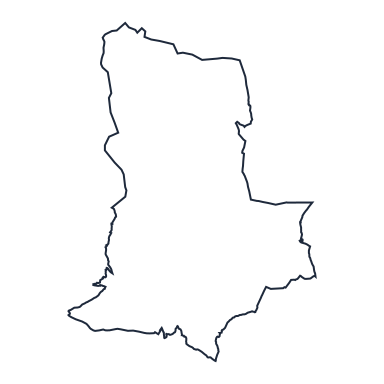 Intorsura Buzaului, Covasna, Romania
{"feature_id": "2599482B89691616287649", "entity_name": "Intorsura Buzaului", "entity_type": "district", "adm_level": 2, "iso_a3": "ROU", "parent_name": "Romania", "parent_adm1": "Covasna", "projection": "albers", "projection_center": [26.001, 45.693], "detail": "fine", "context": "isolated", "style": "outline", "palette": "slate", "viewbox_px": 384, "rotation_deg": 0, "n_neighbors": 0, "source": "geoboundaries", "source_scale": "gbopen_adm2", "svg_char_len": 6011}
<svg xmlns="http://www.w3.org/2000/svg" viewBox="0 0 384 384"><path d="M215.6,361.0L215.8,360.4L215.9,358.9L217.2,354.8L218.6,351.6L218.6,351.3L218.3,350.5L218.3,349.7L218.2,348.8L217.8,348.0L217.8,347.6L217.2,345.5L216.4,344.3L216.1,343.4L216.1,341.9L215.7,341.3L215.7,340.7L216.3,338.0L217.1,336.8L217.5,336.6L218.7,337.0L219.1,336.8L219.6,336.1L219.7,334.8L220.1,333.7L219.6,333.0L220.2,333.0L221.6,332.6L221.6,332.1L221.9,331.5L221.7,330.7L222.1,330.0L222.2,329.9L223.3,329.6L225.1,327.8L227.5,322.5L228.7,321.5L229.9,320.1L231.5,319.2L232.2,318.3L233.0,317.6L234.2,317.4L235.0,316.5L236.3,316.0L237.9,316.0L239.8,315.0L241.2,314.9L242.7,314.4L244.7,314.3L245.9,313.9L247.7,312.7L250.8,311.8L252.1,311.3L253.0,311.7L253.9,311.8L254.7,312.0L254.8,312.2L255.3,312.1L255.4,311.5L256.3,310.1L257.4,307.7L257.2,305.8L261.1,297.4L261.5,296.2L261.9,295.6L264.1,290.8L266.1,286.9L270.8,288.9L283.2,288.2L284.4,287.2L285.6,287.6L289.3,282.7L291.1,279.9L294.1,279.7L295.2,280.0L295.4,279.7L297.3,279.0L297.8,278.6L300.1,275.7L300.8,276.0L301.6,276.8L304.1,278.5L305.0,278.9L305.9,278.9L310.1,278.6L310.6,278.4L313.4,276.3L314.5,275.9L314.8,276.0L315.5,276.6L315.1,273.4L314.4,271.7L314.1,270.2L313.6,266.5L312.4,264.5L311.9,263.3L311.2,261.2L310.7,260.1L310.1,257.8L309.4,256.8L309.3,254.1L308.9,253.1L308.9,250.5L310.1,246.4L309.3,246.0L307.3,244.6L305.5,243.7L301.3,242.5L300.6,242.0L300.1,241.5L299.7,240.7L300.4,240.3L301.3,240.8L302.2,241.6L302.5,241.2L302.6,240.4L302.3,240.0L302.5,239.5L302.2,239.3L301.5,239.8L301.1,239.3L301.0,238.3L301.4,237.2L301.7,235.8L302.0,234.7L301.7,233.0L301.2,232.5L301.1,231.6L301.2,230.8L301.1,230.0L301.1,227.5L300.4,224.7L300.2,223.5L300.1,222.3L300.7,222.3L300.6,221.2L302.3,217.2L302.5,215.7L304.2,213.0L306.1,210.5L306.9,209.7L308.8,206.9L312.3,202.5L287.5,202.6L286.6,202.4L275.7,204.7L268.2,203.0L262.9,202.0L258.6,201.0L256.8,200.9L250.9,199.6L249.2,191.2L248.0,186.8L247.5,183.6L247.0,181.8L244.7,175.8L243.9,174.5L243.9,174.2L242.4,171.9L242.6,169.0L243.0,166.0L243.3,161.0L244.0,153.7L242.2,152.8L242.2,152.3L242.5,150.8L244.1,147.4L245.4,141.0L243.5,139.6L238.8,134.1L238.7,133.4L238.9,132.7L238.8,132.0L239.0,131.5L238.9,130.3L238.4,128.7L236.7,124.7L235.8,123.2L237.2,121.8L239.0,123.1L239.3,123.8L239.9,124.3L243.7,125.7L244.5,126.9L245.5,125.9L247.2,125.0L250.7,123.6L250.9,121.7L252.2,119.5L251.6,117.6L251.2,115.1L251.2,114.1L250.9,112.9L250.0,110.6L250.4,107.7L250.4,106.4L250.2,105.6L249.2,105.4L248.9,105.0L249.0,104.5L248.9,104.3L248.5,104.2L248.4,104.0L248.6,103.7L248.6,102.3L248.7,101.7L248.4,100.9L248.4,100.4L248.7,97.3L247.5,90.1L246.3,84.8L245.8,79.8L245.3,76.6L239.7,60.3L231.7,58.5L222.5,57.9L217.3,58.6L202.1,59.9L192.3,54.6L182.9,52.7L177.6,53.5L173.4,44.3L159.8,41.0L151.2,39.5L144.5,36.9L145.3,31.4L141.8,28.2L137.3,32.7L135.4,29.9L128.9,27.4L125.2,23.0L116.7,30.5L112.0,31.0L105.4,34.3L104.6,35.0L102.7,37.7L103.2,38.9L103.3,39.5L103.7,40.0L104.4,41.6L104.4,42.5L104.2,44.4L103.5,47.8L103.7,51.1L103.6,53.1L102.6,55.6L101.7,58.7L101.0,62.8L101.1,64.3L102.6,67.5L107.8,72.2L111.3,93.2L108.9,97.9L110.6,112.4L114.7,122.9L118.2,132.7L109.1,136.7L104.9,145.3L104.9,150.4L114.7,162.6L121.5,169.7L123.7,174.4L125.2,187.1L126.4,190.4L125.3,196.7L111.8,207.7L113.8,208.8L114.5,210.4L114.8,211.8L114.8,212.5L115.5,213.7L115.8,214.5L116.1,216.5L115.9,216.9L115.1,217.5L114.7,218.7L112.5,222.3L112.4,222.6L112.4,223.7L111.7,223.4L111.4,223.5L111.4,224.3L111.8,226.4L111.6,228.5L111.7,229.0L111.6,230.1L111.1,231.0L110.1,232.3L111.2,233.0L110.9,233.4L110.5,234.5L109.5,235.9L109.1,236.9L108.8,238.2L109.0,239.9L108.5,242.1L108.4,243.6L107.8,244.3L106.3,245.2L106.9,245.8L106.5,246.2L106.2,246.7L105.5,247.2L106.0,248.2L106.1,248.9L106.1,250.1L105.6,253.4L105.7,254.5L107.9,258.4L108.0,259.0L108.1,260.4L108.7,261.4L108.2,263.7L108.2,264.7L110.2,267.3L111.3,269.4L111.9,271.8L112.4,273.3L110.7,272.2L109.2,270.5L107.9,268.6L107.2,268.0L106.7,267.9L106.6,268.4L106.7,268.9L106.5,269.4L106.0,269.5L105.8,269.7L106.3,270.0L105.6,271.1L105.8,272.1L105.6,273.7L106.0,274.8L106.1,275.7L106.1,276.4L105.9,276.9L105.4,277.3L103.5,276.8L103.0,277.3L102.6,277.9L103.0,278.5L100.2,280.2L100.0,282.5L98.6,283.0L97.0,282.8L96.9,283.2L96.3,283.6L94.3,283.9L93.9,284.3L93.4,284.2L93.3,285.0L94.3,285.3L98.1,285.9L99.2,285.8L100.1,285.0L100.4,285.1L100.7,285.6L101.2,285.3L101.9,285.4L102.8,285.9L103.7,286.1L103.9,286.1L104.4,286.4L105.5,286.8L104.9,288.2L104.8,288.8L103.7,289.2L102.2,291.1L101.4,291.5L100.5,292.3L99.6,293.4L98.7,295.0L97.9,295.8L95.7,297.4L94.3,297.9L91.6,299.7L88.5,301.3L87.5,302.0L86.4,302.3L84.7,303.4L82.2,304.5L80.5,306.3L79.6,307.0L77.6,307.5L74.3,307.7L70.6,310.0L69.2,310.4L68.6,310.9L68.5,311.1L68.5,311.3L69.6,312.6L69.9,313.7L69.6,314.2L68.5,315.1L69.1,315.8L71.4,317.2L75.8,319.3L82.1,321.5L86.2,323.7L87.0,324.4L88.8,326.5L89.7,327.8L90.7,328.8L93.4,330.4L95.1,330.9L99.2,330.4L103.2,329.5L105.3,330.3L107.0,330.4L109.6,330.3L115.6,329.1L117.5,328.8L120.6,329.3L127.9,330.8L133.2,330.6L139.2,331.7L144.2,332.9L146.7,333.3L149.5,333.4L153.9,333.2L154.5,332.8L155.0,332.2L158.3,334.2L160.6,330.4L160.1,330.1L161.7,327.9L162.0,328.5L163.4,332.1L163.8,332.4L163.9,334.5L164.2,336.8L164.2,337.8L164.5,338.1L165.3,337.8L166.2,337.2L166.6,336.7L166.5,336.0L166.7,335.1L166.3,334.5L166.4,333.9L166.7,333.9L167.6,334.3L168.7,334.1L169.0,334.2L169.7,334.8L170.4,334.8L172.1,334.2L173.1,333.6L173.9,332.7L174.7,332.4L175.1,332.0L175.5,330.8L175.6,328.9L175.8,328.6L176.5,327.9L177.0,327.1L177.1,326.4L177.6,326.1L178.1,326.8L178.4,327.8L179.0,328.8L180.4,329.3L181.2,330.6L181.5,332.0L181.6,332.9L182.0,334.7L181.9,335.1L182.2,335.1L183.2,335.8L183.9,335.8L184.3,336.7L185.5,336.8L185.7,337.0L186.3,338.2L186.3,340.2L186.1,341.4L186.4,342.9L186.3,343.7L187.0,344.4L189.4,346.1L192.0,347.2L193.1,348.0L193.8,348.9L196.2,349.7L197.0,349.4L197.9,349.5L199.2,350.2L201.7,351.8L204.8,354.4L206.3,355.4L207.6,357.3L208.3,357.5L209.3,357.3L210.2,357.3L210.6,357.4L212.3,358.9L214.7,360.6L215.6,361.0Z" fill="none" stroke="#1e293b" stroke-width="2"/></svg>